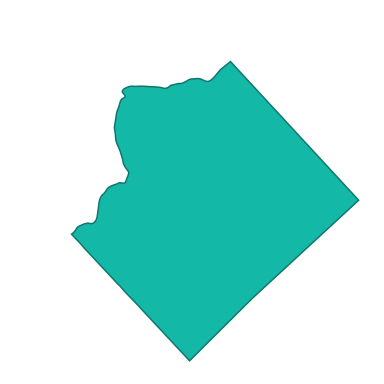 the district of Allamakee, Iowa, United States of America, rotated 227°
{"feature_id": "52423323B44167272336180", "entity_name": "Allamakee", "entity_type": "district", "adm_level": 2, "iso_a3": "USA", "parent_name": "United States of America", "parent_adm1": "Iowa", "projection": "natural_earth1", "projection_center": [-91.21, 43.291], "detail": "fine", "context": "isolated", "style": "filled", "palette": "teal", "viewbox_px": 384, "rotation_deg": 227, "n_neighbors": 0, "source": "geoboundaries", "source_scale": "gbopen_adm2", "svg_char_len": 1375}
<svg xmlns="http://www.w3.org/2000/svg" viewBox="0 0 384 384"><g transform="rotate(227 192 192)"><path d="M243.3,75.1L230.6,75.2L223.9,74.9L176.6,75.0L175.6,74.9L173.2,75.2L164.2,74.9L144.6,75.2L142.8,75.1L136.0,75.1L134.4,75.1L123.0,75.1L104.1,75.1L100.9,75.1L96.5,75.1L78.9,75.1L70.2,75.1L73.1,163.3L72.3,308.3L261.2,309.1L262.1,296.0L261.0,287.7L260.8,284.2L260.9,282.0L261.3,280.4L262.1,278.8L264.2,277.3L268.6,275.5L270.5,274.2L274.9,268.9L276.2,266.7L277.0,262.7L278.2,259.1L279.4,257.2L280.2,256.7L284.5,249.2L284.7,246.0L285.5,244.0L286.8,242.2L289.2,240.8L291.8,238.8L300.8,230.2L304.4,226.7L307.7,222.8L310.1,220.5L311.8,218.4L313.0,215.4L313.8,212.4L313.8,211.6L313.5,210.3L313.0,209.5L312.1,209.0L308.5,208.9L307.7,208.4L307.3,207.8L307.2,206.6L307.8,204.5L307.7,202.7L306.8,200.8L304.1,196.3L301.6,191.3L292.0,179.1L287.4,176.0L282.4,172.1L280.8,171.1L278.8,170.2L271.1,167.4L263.9,163.9L259.5,161.2L256.4,160.2L250.3,159.4L249.4,159.0L248.2,157.5L244.6,150.1L244.5,148.9L245.3,147.7L247.9,145.7L248.5,145.0L249.0,142.8L250.8,138.9L251.6,136.7L252.2,133.7L252.0,131.5L251.4,129.4L250.9,126.4L251.0,124.0L250.6,122.2L249.8,120.1L248.7,118.3L248.0,117.2L238.5,105.7L236.9,102.7L236.4,100.4L236.5,98.9L236.9,97.7L238.1,96.2L240.3,94.6L242.2,91.4L244.1,85.9L244.4,83.9L243.4,80.4L243.1,77.0L243.3,75.1Z" fill="#14b8a6" stroke="#0f766e" stroke-width="1.5"/></g></svg>